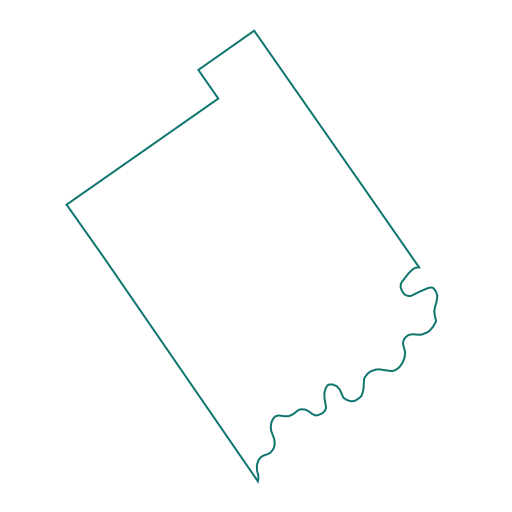 the district of Harrison, Iowa, United States of America, rotated 235°
{"feature_id": "52423323B91984368799839", "entity_name": "Harrison", "entity_type": "district", "adm_level": 2, "iso_a3": "USA", "parent_name": "United States of America", "parent_adm1": "Iowa", "projection": "robinson", "projection_center": [-96.054, 41.686], "detail": "fine", "context": "isolated", "style": "outline", "palette": "teal", "viewbox_px": 512, "rotation_deg": 235, "n_neighbors": 0, "source": "geoboundaries", "source_scale": "gbopen_adm2", "svg_char_len": 1571}
<svg xmlns="http://www.w3.org/2000/svg" viewBox="0 0 512 512"><g transform="rotate(235 256 256)"><path d="M339.9,130.5L70.4,128.3L72.6,130.5L75.3,132.2L79.6,133.7L83.6,136.4L84.9,137.6L87.1,140.6L88.3,143.8L88.4,146.7L86.7,153.4L86.7,155.3L87.6,158.4L88.6,160.6L90.8,163.1L94.0,165.2L96.5,166.2L103.9,168.1L107.1,169.7L110.5,172.8L111.9,174.8L113.3,178.0L113.5,180.2L112.4,183.1L108.5,187.3L106.0,191.0L105.1,195.6L105.5,202.5L104.6,205.1L101.8,208.4L97.8,210.4L94.4,211.4L91.4,213.3L90.3,214.8L89.2,219.3L89.3,221.7L89.7,223.8L91.4,226.3L100.1,230.5L104.7,233.5L107.3,236.8L108.4,238.6L108.9,240.0L109.0,241.3L108.5,242.7L106.9,245.0L103.1,247.5L98.4,248.0L90.0,246.3L86.0,247.8L82.7,250.3L81.3,252.5L80.6,254.3L80.4,258.3L80.8,261.9L82.5,264.4L84.3,266.6L86.3,268.5L93.0,273.8L94.1,275.5L95.6,279.7L95.8,283.5L94.3,289.0L92.5,291.9L84.8,300.1L83.5,301.8L82.6,304.8L82.5,307.6L82.8,310.0L83.8,313.0L84.9,315.5L87.5,319.3L90.4,322.0L92.1,323.1L99.5,326.0L101.2,327.2L102.5,328.9L103.4,331.0L103.8,333.2L103.8,335.4L103.1,337.5L101.7,339.9L97.7,344.7L96.6,346.7L95.3,352.0L95.1,354.6L96.4,360.2L98.9,365.5L99.7,366.4L104.2,368.1L108.5,370.3L111.7,373.6L114.0,376.6L117.3,379.9L119.7,381.8L123.0,382.9L127.3,383.0L128.8,382.4L129.6,381.6L131.0,378.9L133.1,368.7L134.4,360.0L135.0,358.9L137.4,356.6L139.4,355.6L141.3,355.4L145.0,355.8L147.9,356.8L150.2,358.9L151.1,360.6L154.4,371.4L155.1,375.8L155.1,378.0L155.0,379.5L154.3,381.1L153.1,383.1L253.3,383.4L441.6,383.7L441.5,315.5L406.6,315.4L406.7,130.3L339.9,130.5Z" fill="none" stroke="#0f766e" stroke-width="2"/></g></svg>